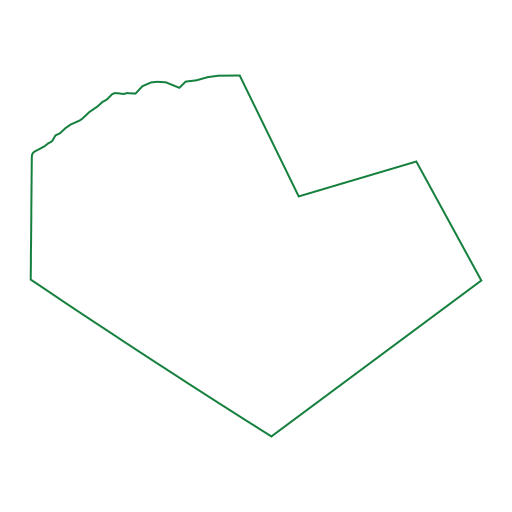 an SVG outline of Tindouf
{"feature_id": "DZA-2150", "entity_name": "Tindouf", "entity_type": "Province", "adm_level": 1, "iso_a3": "DZA", "parent_name": "Algeria", "parent_adm1": "", "projection": "albers", "projection_center": [-7.582, 27.544], "detail": "fine", "context": "isolated", "style": "outline", "palette": "green", "viewbox_px": 512, "rotation_deg": 0, "n_neighbors": 0, "source": "natural_earth", "source_scale": "10m", "svg_char_len": 1071}
<svg xmlns="http://www.w3.org/2000/svg" viewBox="0 0 512 512"><path d="M271.5,436.5L259.9,429.2L246.4,420.7L232.9,412.1L219.4,403.5L203.5,393.3L187.6,383.1L171.8,372.8L156.0,362.6L140.2,352.3L124.5,342.0L108.8,331.6L93.1,321.3L77.4,310.9L61.8,300.5L46.3,290.0L30.7,279.6L30.8,271.2L30.9,262.9L30.9,254.5L31.0,246.2L31.1,240.8L31.1,235.5L31.2,230.2L31.2,224.9L31.3,219.6L31.3,214.2L31.3,208.9L31.4,203.6L31.4,198.3L31.5,192.9L31.5,187.6L31.6,182.3L31.6,177.0L31.7,171.7L31.7,166.3L31.8,161.0L31.8,157.0L32.1,154.6L33.0,152.9L34.5,151.6L44.5,146.3L48.0,143.5L51.5,141.6L52.5,140.6L55.2,135.8L56.4,134.9L59.2,133.7L60.4,132.9L65.6,128.0L70.9,124.4L79.7,120.5L82.3,118.7L89.4,112.0L97.6,106.4L102.4,102.0L106.1,100.0L107.3,99.1L112.0,94.3L114.6,93.1L118.3,93.3L121.7,93.8L123.4,93.9L125.1,93.7L126.7,93.1L135.5,93.6L142.5,86.1L151.2,82.4L157.1,81.8L165.8,82.3L179.3,87.8L185.7,81.6L196.5,80.3L207.9,77.1L213.2,76.4L218.6,75.7L230.0,75.6L239.7,75.5L298.7,196.4L416.3,161.5L481.3,280.5L272.5,435.6L271.5,436.5L271.5,436.5Z" fill="none" stroke="#15803d" stroke-width="2"/></svg>